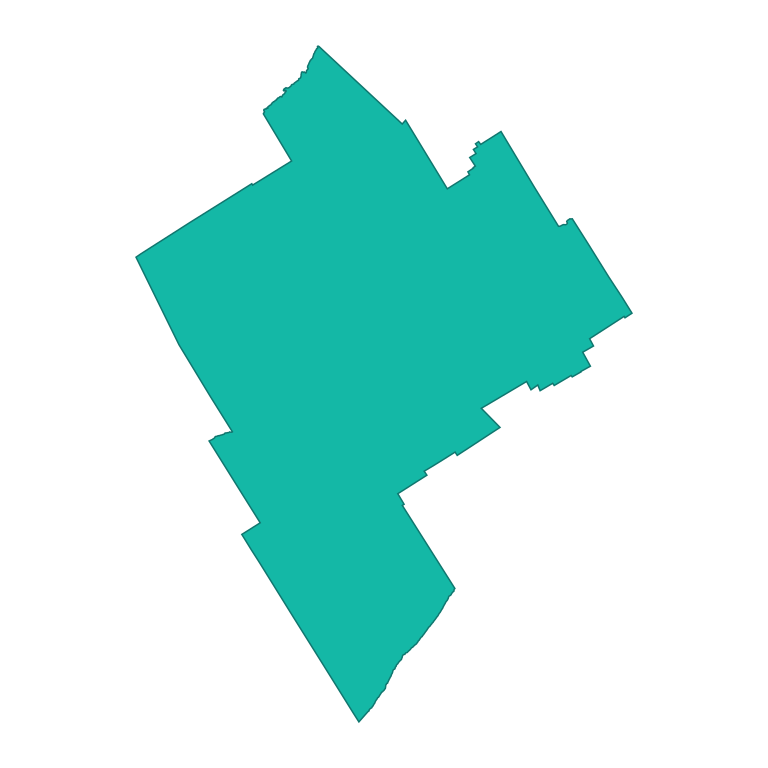 Luján, Buenos Aires, Argentina (orthographic projection)
{"feature_id": "61730980B60632601419482", "entity_name": "Luján", "entity_type": "district", "adm_level": 2, "iso_a3": "ARG", "parent_name": "Argentina", "parent_adm1": "Buenos Aires", "projection": "orthographic", "projection_center": [-59.164, -34.589], "detail": "fine", "context": "isolated", "style": "filled", "palette": "teal", "viewbox_px": 768, "rotation_deg": 0, "n_neighbors": 0, "source": "geoboundaries", "source_scale": "gbopen_adm2", "svg_char_len": 5984}
<svg xmlns="http://www.w3.org/2000/svg" viewBox="0 0 768 768"><path d="M622.3,297.6L608.8,277.0L587.5,242.8L572.3,218.8L571.9,218.9L569.6,218.9L569.2,219.3L568.9,219.5L567.5,220.4L567.1,220.8L566.7,221.5L566.7,221.8L566.9,222.1L567.3,222.6L567.4,223.3L566.9,223.9L566.6,224.3L566.2,224.5L565.9,224.6L565.2,224.8L564.2,224.6L563.3,224.6L561.2,225.6L560.5,226.1L560.1,226.2L558.5,226.3L534.5,187.4L501.0,131.5L500.4,131.9L480.7,144.4L478.6,141.6L475.5,143.8L477.6,146.9L473.4,149.4L476.0,153.6L469.7,157.5L475.3,166.1L473.2,167.6L473.4,168.1L467.9,171.8L469.5,174.8L447.3,188.8L405.6,120.2L402.2,124.0L319.1,46.6L318.8,46.4L318.1,46.1L317.8,46.2L317.5,46.4L317.4,46.9L317.6,47.2L317.8,47.7L317.7,48.0L317.5,48.3L317.1,48.6L316.8,48.6L316.4,49.1L316.1,49.9L315.6,50.6L315.1,51.3L314.8,52.0L314.6,52.7L314.4,53.2L313.9,53.7L313.6,54.7L313.4,55.3L313.2,56.4L312.8,57.1L312.7,58.0L312.4,58.4L311.7,58.9L311.1,59.6L310.9,60.0L310.5,60.2L310.1,60.9L309.6,62.0L309.3,62.5L309.0,63.3L308.6,64.3L307.7,66.1L307.6,66.6L307.6,67.3L307.6,67.6L308.1,68.2L308.2,68.5L308.1,68.9L307.7,69.2L307.3,69.8L306.6,70.5L306.4,71.5L306.4,72.0L306.3,72.5L306.1,72.8L305.8,73.0L304.9,72.5L304.7,72.2L304.3,72.0L303.9,72.1L303.5,72.4L303.1,72.1L302.8,72.0L302.4,71.9L302.0,71.9L301.7,72.2L301.5,72.5L301.4,72.9L301.3,73.9L301.1,74.4L301.1,75.8L301.0,76.3L300.7,77.3L300.6,77.7L300.1,78.3L299.2,78.5L298.9,78.7L298.7,79.0L298.6,79.5L298.6,80.1L298.4,80.4L298.1,80.6L297.7,80.7L297.3,80.8L296.6,81.5L296.0,81.8L295.4,82.4L294.9,82.6L294.3,83.1L294.0,83.5L293.8,84.0L293.0,84.3L292.0,84.5L291.7,84.7L291.5,85.0L291.3,85.2L291.2,85.7L291.0,86.0L290.5,86.4L290.0,86.8L289.4,87.4L289.0,87.6L288.7,87.8L287.3,88.1L287.0,88.1L286.0,87.7L285.2,88.3L284.7,88.5L283.9,89.2L283.8,89.6L283.6,89.9L283.4,90.3L283.7,90.8L284.4,90.8L285.1,90.3L285.5,90.5L285.9,90.5L286.1,91.0L286.0,91.5L285.6,91.9L285.2,92.2L284.9,92.8L284.8,93.2L284.6,93.5L284.2,93.9L283.4,94.4L283.0,94.7L282.8,95.0L282.4,95.6L282.0,96.8L281.7,96.9L281.2,96.6L280.7,96.5L280.0,96.7L279.1,97.5L278.8,97.7L278.5,97.9L277.7,98.1L277.5,98.5L277.4,98.8L277.0,99.0L276.7,99.2L276.4,100.0L276.1,100.1L275.5,100.3L275.2,100.6L274.3,101.6L273.9,101.7L273.5,101.7L272.9,102.4L272.5,102.6L272.2,102.8L272.0,103.2L271.9,103.5L271.7,103.8L271.4,103.9L271.2,104.6L270.0,105.3L269.7,105.4L269.4,105.6L269.2,105.9L268.9,106.1L268.0,106.8L267.8,107.1L267.9,108.1L267.6,108.3L266.9,108.0L266.4,108.2L266.2,109.0L265.9,109.1L265.4,108.9L265.1,109.0L264.8,109.2L264.2,109.3L263.9,109.6L264.0,110.0L263.8,110.5L264.0,111.0L264.3,111.1L264.5,111.6L264.4,112.1L264.2,112.4L264.1,112.8L263.7,113.0L263.4,113.5L263.4,113.8L263.5,114.1L291.6,161.0L252.6,185.1L251.8,183.7L190.2,222.3L141.2,253.6L136.0,257.2L179.0,344.8L210.7,397.1L232.4,431.8L231.8,432.2L231.0,432.2L230.4,432.2L229.7,431.9L229.4,432.1L228.8,432.6L227.9,432.6L226.9,432.9L225.8,432.9L225.5,433.0L224.7,433.3L224.6,433.7L223.8,434.3L223.1,434.4L222.8,434.6L222.4,434.7L221.6,435.0L220.5,435.2L219.9,435.4L219.6,435.6L219.3,435.7L218.3,435.7L217.9,435.8L217.4,436.1L217.0,436.3L215.8,436.4L215.1,436.8L214.7,437.6L214.5,437.9L213.8,438.5L212.6,439.2L212.3,439.5L211.6,439.8L211.1,440.0L210.4,440.4L210.0,440.5L209.6,440.8L209.1,441.0L234.6,481.9L260.2,522.8L241.8,534.4L251.3,549.8L258.8,561.5L293.4,617.2L324.4,666.7L353.5,713.4L358.9,721.9L367.9,711.7L369.1,710.8L369.0,710.3L369.2,709.9L369.4,709.6L370.1,708.8L370.3,708.6L370.8,708.3L371.7,707.8L371.9,707.5L372.1,707.0L372.3,706.7L372.7,706.3L373.1,705.8L373.6,704.8L373.9,704.2L374.6,703.4L375.4,701.4L375.8,700.7L376.2,700.1L376.7,699.5L377.2,698.7L377.6,697.8L378.0,697.5L378.5,697.3L378.8,696.8L379.2,696.2L380.2,694.5L381.0,693.4L381.2,692.8L381.6,692.3L382.5,691.8L383.0,691.2L383.3,690.9L383.6,690.7L384.0,690.3L384.3,689.9L384.5,689.4L385.3,688.6L385.4,688.2L385.5,687.6L385.6,686.8L385.7,686.0L385.8,685.0L386.4,684.2L386.6,683.6L386.9,683.3L387.3,683.3L387.6,683.1L387.9,682.1L388.3,681.3L388.4,681.0L388.7,680.5L388.9,680.0L389.1,679.4L389.5,678.9L390.1,677.6L390.3,677.1L390.7,676.7L390.9,676.3L391.1,675.9L391.4,674.8L391.6,674.3L392.2,673.3L392.7,671.9L392.8,671.1L393.1,670.2L393.6,669.6L394.6,669.1L395.0,668.7L395.1,668.2L395.1,667.7L395.3,667.2L396.1,666.4L396.2,665.9L396.3,665.4L396.5,665.0L396.9,664.5L397.7,663.8L398.0,663.4L398.3,662.8L398.5,662.4L399.5,661.4L400.5,660.2L401.3,659.7L401.5,659.3L401.7,658.4L401.9,658.0L402.1,657.7L402.2,657.2L402.3,656.8L402.4,656.2L402.9,655.2L403.3,654.8L403.7,654.6L404.4,654.4L404.8,654.4L405.0,654.1L405.2,653.6L405.5,653.2L405.8,652.9L406.9,652.6L407.3,652.4L408.1,651.5L408.3,651.3L410.1,649.7L410.8,648.8L411.2,648.2L411.7,647.7L412.3,647.4L412.6,647.3L413.7,646.1L414.7,645.2L415.0,644.9L415.5,644.5L416.0,644.2L416.5,643.8L416.7,643.4L417.5,642.4L417.9,641.8L418.3,640.9L418.6,640.7L419.0,640.4L419.5,639.7L419.9,639.0L420.1,638.6L421.2,637.2L421.6,636.8L422.0,636.7L422.3,636.4L422.7,635.5L423.6,634.6L423.9,634.1L424.7,633.0L425.5,631.8L426.5,630.6L427.4,629.2L428.7,627.2L429.0,627.0L430.0,626.1L430.4,625.6L431.0,624.6L431.9,623.7L432.1,623.2L433.1,622.3L433.4,621.7L434.0,620.9L435.7,618.7L436.7,617.2L437.6,616.2L438.0,615.6L438.6,614.5L438.9,613.9L439.3,613.3L440.1,612.4L440.4,611.9L441.7,609.6L442.1,609.1L442.4,608.5L442.7,608.2L442.9,607.6L443.3,606.7L443.8,605.8L444.2,605.0L445.0,603.7L445.6,602.5L445.9,601.9L446.9,600.7L447.3,600.2L447.6,599.7L448.3,598.2L448.4,597.8L448.5,597.2L448.8,596.6L449.1,596.1L450.2,595.5L450.6,595.3L450.9,594.9L451.3,594.3L451.5,593.8L452.1,592.9L452.5,592.5L452.8,592.1L453.2,591.7L453.8,591.3L454.0,590.9L454.0,589.8L454.2,589.3L454.5,589.0L454.9,588.5L402.3,505.4L404.1,504.3L397.8,493.7L426.9,475.2L424.2,471.2L437.1,463.4L455.1,452.1L457.2,455.4L500.0,427.4L481.3,408.3L526.6,381.5L531.0,389.8L537.8,385.0L540.1,390.7L552.7,383.3L554.2,385.5L571.1,375.5L572.2,376.9L581.0,371.9L580.8,371.5L590.4,366.2L582.7,352.2L593.5,346.0L589.6,338.7L624.1,316.4L625.0,317.8L632.0,313.2L622.3,297.6Z" fill="#14b8a6" stroke="#0f766e" stroke-width="1.5"/></svg>